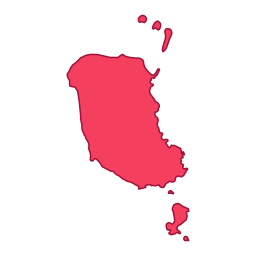 the district of Phu Quy, Bình Thuận, Vietnam
{"feature_id": "81297802B90799057915407", "entity_name": "Phu Quy", "entity_type": "district", "adm_level": 2, "iso_a3": "VNM", "parent_name": "Vietnam", "parent_adm1": "Bình Thuận", "projection": "albers", "projection_center": [108.956, 10.526], "detail": "fine", "context": "isolated", "style": "filled", "palette": "rose", "viewbox_px": 256, "rotation_deg": 0, "n_neighbors": 0, "source": "geoboundaries", "source_scale": "gbopen_adm2", "svg_char_len": 5907}
<svg xmlns="http://www.w3.org/2000/svg" viewBox="0 0 256 256"><path d="M110.2,57.4L97.3,54.5L90.5,54.4L85.8,55.4L80.5,57.9L76.9,61.8L73.0,64.7L70.9,67.4L69.9,69.4L69.4,70.9L67.4,73.8L67.2,75.0L67.3,75.8L68.0,77.8L69.4,80.2L69.6,81.2L69.5,84.0L70.1,86.1L72.8,86.8L74.2,86.9L74.9,87.1L75.3,87.6L77.4,90.8L77.9,92.0L78.1,94.1L79.2,101.0L80.6,115.2L80.8,119.6L81.2,121.9L81.9,124.4L82.0,128.6L82.3,130.1L83.9,134.0L84.1,134.8L85.0,135.7L85.9,138.3L88.4,142.7L88.8,144.0L89.0,145.4L88.8,147.1L88.8,148.5L89.0,149.6L90.1,152.4L90.7,155.8L90.5,157.4L90.3,159.2L90.3,159.8L91.0,160.7L92.4,160.9L93.2,160.6L93.7,159.8L94.6,158.8L95.4,158.8L96.5,159.2L99.1,161.8L100.8,164.2L101.1,164.5L101.6,165.7L102.0,166.3L102.9,167.0L106.4,168.8L109.6,170.6L110.9,171.2L112.4,171.1L113.0,171.3L115.8,174.0L116.7,174.7L118.8,175.7L122.9,179.0L125.0,180.0L127.2,181.3L128.7,181.6L130.9,182.2L131.6,182.5L134.5,184.1L136.3,185.2L138.6,186.2L138.8,189.0L145.7,187.4L145.3,185.6L147.7,184.9L149.3,184.7L150.1,184.6L150.5,184.7L150.8,184.9L151.3,185.7L151.6,185.7L152.3,185.4L152.8,185.4L154.6,185.8L155.6,185.8L157.8,185.1L159.2,185.1L159.5,185.3L159.7,186.3L160.1,186.7L161.1,187.2L162.1,187.5L163.1,187.4L163.7,187.2L164.2,186.7L165.8,183.9L166.8,183.0L168.2,182.3L168.8,181.7L169.4,181.5L170.1,181.5L170.9,181.6L172.0,182.0L173.3,182.0L174.9,180.9L175.1,180.6L175.1,179.6L175.8,177.5L176.3,176.8L177.0,176.3L178.2,176.1L179.2,176.2L181.4,176.8L182.6,176.2L183.4,175.7L184.0,175.0L185.1,172.9L186.0,172.0L185.8,171.0L186.3,170.5L187.4,169.7L187.5,169.2L187.4,168.7L187.1,168.5L186.5,168.3L184.5,168.8L183.5,168.5L182.9,167.9L182.7,167.5L183.3,165.9L183.3,165.0L182.5,164.2L181.1,163.3L180.9,162.8L180.8,162.4L180.9,162.1L181.5,161.4L181.5,161.0L181.1,160.4L180.8,159.6L180.8,159.2L181.1,158.7L181.9,158.1L182.9,157.6L183.1,157.2L183.0,156.8L182.7,156.4L182.4,155.8L182.6,155.2L182.8,154.9L183.8,154.9L184.3,154.7L184.5,154.4L184.3,153.9L183.3,153.7L183.3,153.0L183.7,152.7L183.8,152.5L183.6,152.1L183.3,151.9L183.0,152.0L182.1,153.3L181.8,153.6L181.6,153.5L181.2,152.9L181.2,152.4L181.5,151.4L181.4,150.9L180.7,149.6L180.8,149.0L180.7,148.7L180.3,148.3L178.0,147.3L176.5,146.4L174.8,145.8L174.2,145.4L172.8,145.6L172.3,145.5L171.7,145.2L171.4,145.3L171.0,145.7L170.7,146.7L170.3,147.2L169.8,147.6L169.2,147.7L168.8,147.4L166.7,144.5L165.9,143.0L165.9,142.4L166.5,141.9L167.3,141.6L167.7,141.1L167.9,140.6L167.9,140.1L167.3,139.7L166.6,139.4L165.5,139.4L164.6,139.7L163.6,140.1L163.1,140.0L161.9,138.8L161.6,138.2L161.5,136.6L161.9,135.4L162.4,134.7L162.6,134.2L162.5,133.6L162.3,133.3L161.9,133.1L160.0,132.6L159.7,132.3L159.3,131.3L159.2,130.5L158.6,128.0L158.1,127.4L157.5,126.0L157.2,124.1L158.1,120.8L158.1,120.0L157.7,118.3L157.3,117.7L155.3,115.8L155.1,115.4L154.9,114.0L154.9,113.2L155.0,112.6L155.4,112.1L155.6,111.9L156.2,112.0L156.7,111.9L157.3,111.5L157.8,111.0L158.2,110.3L158.4,109.6L158.3,108.3L159.2,107.0L159.3,105.5L159.1,104.8L158.7,104.2L157.9,103.1L156.1,101.9L154.3,99.9L154.0,98.7L153.8,98.4L152.8,97.6L151.9,96.1L150.5,94.2L149.8,92.6L149.6,90.8L149.9,89.4L150.2,88.8L150.4,88.4L150.4,87.8L150.5,87.4L151.2,86.6L152.1,86.2L152.9,85.6L153.2,84.9L153.2,84.6L153.0,84.3L151.1,83.7L150.0,82.2L149.9,81.9L150.0,81.5L151.2,80.1L151.4,79.8L151.2,79.2L151.3,78.5L151.5,78.2L152.0,78.0L152.9,77.9L153.8,78.3L154.7,78.0L155.0,76.6L156.3,75.8L157.4,74.4L159.4,70.1L159.4,69.4L159.0,69.0L158.5,68.9L157.7,69.2L156.7,71.3L155.8,72.9L154.0,74.8L153.0,75.2L152.3,75.0L150.8,74.2L149.0,72.5L147.1,70.5L145.5,68.3L144.5,66.4L143.8,64.5L143.4,61.3L143.1,60.6L142.0,59.4L140.5,58.6L138.8,58.1L135.7,58.1L130.3,57.5L126.6,56.7L125.0,56.0L123.3,54.8L122.5,54.5L121.6,54.8L119.9,55.9L118.1,57.4L116.2,57.5L110.2,57.4ZM180.7,224.4L186.1,219.8L187.1,216.5L187.0,215.3L186.4,212.9L186.5,212.3L187.1,211.7L188.6,211.4L188.8,211.2L188.6,210.6L188.5,209.5L188.3,208.8L182.7,206.4L180.6,204.8L178.6,203.6L177.3,203.5L175.6,203.9L174.2,204.7L173.4,205.7L172.4,208.9L172.4,209.7L172.6,210.4L173.4,211.7L173.4,212.6L174.6,219.0L174.5,221.2L174.2,222.1L173.6,223.0L172.7,223.8L171.8,224.0L171.3,223.8L169.6,222.8L168.9,222.7L167.8,223.0L167.2,223.5L166.6,224.1L166.2,225.2L166.3,226.6L166.8,228.7L167.3,229.6L168.4,230.2L169.1,230.1L169.7,229.9L170.1,229.9L170.5,230.2L170.5,230.7L170.1,231.9L169.1,232.8L168.9,233.2L169.0,233.6L170.3,234.4L171.9,234.7L173.5,234.1L175.6,233.6L176.1,232.8L176.5,232.5L177.4,232.5L179.3,233.6L180.0,233.6L180.4,233.2L180.4,232.6L180.0,231.9L177.5,229.7L177.0,228.8L177.1,227.3L177.5,226.5L178.7,225.4L180.7,224.4ZM163.3,51.5L164.1,51.0L164.8,50.2L166.4,48.0L169.7,38.7L171.2,35.2L171.8,33.4L171.8,32.3L171.5,31.5L171.3,30.8L170.7,29.8L170.4,29.4L168.6,28.8L166.5,28.8L166.0,29.0L165.6,29.4L165.1,30.4L164.9,31.6L164.9,32.7L165.5,34.7L165.6,35.9L165.5,37.4L165.1,39.7L164.0,43.0L162.9,47.0L162.5,49.1L162.5,50.5L162.7,51.2L162.9,51.5L163.3,51.5ZM159.8,28.6L160.4,26.9L160.7,25.0L160.6,24.4L160.4,23.7L159.9,22.8L158.8,21.8L158.4,21.4L157.7,21.2L157.1,21.3L156.2,21.7L155.5,22.2L154.4,23.5L153.4,25.3L152.8,26.7L152.7,27.2L152.6,28.2L153.1,29.0L153.4,29.0L153.9,28.8L154.9,28.2L155.8,28.1L156.9,28.8L157.2,29.3L158.1,29.9L158.8,29.7L159.4,29.2L159.8,28.6ZM145.1,22.1L145.8,21.2L146.3,19.8L146.3,18.6L146.1,17.8L145.8,17.2L145.2,16.5L144.5,16.0L143.7,15.6L142.6,15.4L142.1,15.4L141.4,15.8L140.5,16.2L139.6,17.0L138.7,18.0L138.5,18.6L138.4,19.2L138.5,20.5L138.8,21.5L139.5,22.2L139.8,22.3L141.1,21.8L141.7,21.8L142.8,22.0L144.2,22.5L144.8,22.4L145.1,22.1ZM188.6,240.3L188.2,239.6L187.7,237.9L187.3,237.3L186.4,236.6L185.7,236.4L184.4,237.0L183.9,238.2L183.8,239.1L184.1,239.8L184.6,240.3L185.2,240.6L186.3,240.6L186.9,240.4L187.5,240.4L188.4,240.6L188.6,240.5L188.6,240.3ZM173.3,192.9L172.9,192.4L171.4,191.1L171.0,190.8L170.4,190.7L169.5,191.0L169.1,191.4L168.7,191.9L168.5,192.9L168.6,193.2L168.8,193.3L171.4,193.2L173.3,193.8L173.5,193.6L173.3,192.9Z" fill="#f43f5e" stroke="#9f1239" stroke-width="1.5"/></svg>